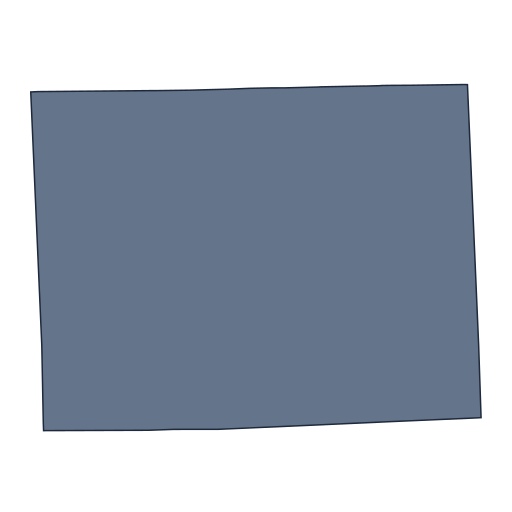 Rock, Wisconsin, United States of America, rotated 178°
{"feature_id": "52423323B35843280156412", "entity_name": "Rock", "entity_type": "district", "adm_level": 2, "iso_a3": "USA", "parent_name": "United States of America", "parent_adm1": "Wisconsin", "projection": "equal_earth", "projection_center": [-89.089, 42.67], "detail": "fine", "context": "isolated", "style": "filled", "palette": "slate", "viewbox_px": 512, "rotation_deg": 178, "n_neighbors": 0, "source": "geoboundaries", "source_scale": "gbopen_adm2", "svg_char_len": 576}
<svg xmlns="http://www.w3.org/2000/svg" viewBox="0 0 512 512"><g transform="rotate(178 256 256)"><path d="M299.6,84.1L124.5,85.8L41.2,86.5L36.7,86.6L36.6,158.9L38.7,419.9L41.8,420.1L94.2,421.2L115.1,421.8L123.9,422.0L126.7,421.9L140.6,422.0L142.1,422.1L186.2,422.8L187.5,422.7L217.0,423.0L220.5,423.0L223.1,423.1L236.4,423.5L257.0,423.8L278.0,423.7L299.5,423.9L301.1,423.9L315.2,424.0L315.3,424.0L351.8,424.8L353.9,424.9L467.9,427.9L475.4,427.8L473.2,173.8L474.4,96.8L474.4,88.9L369.7,85.6L343.7,85.6L299.6,84.1Z" fill="#64748b" stroke="#1e293b" stroke-width="1.5"/></g></svg>